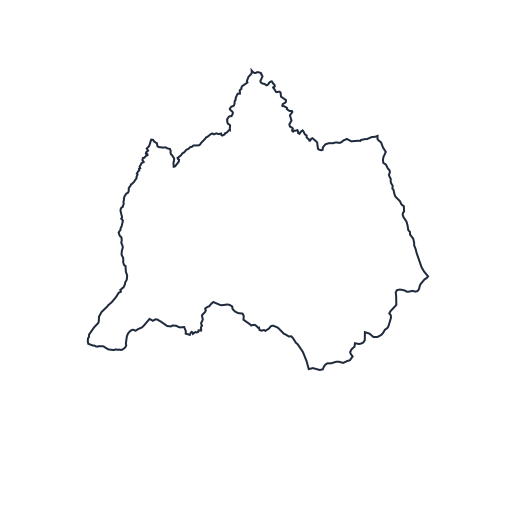 Bolahla, Leribe, Lesotho (orthographic projection), rotated 35°
{"feature_id": "5366337B26434863829569", "entity_name": "Bolahla", "entity_type": "district", "adm_level": 2, "iso_a3": "LSO", "parent_name": "Lesotho", "parent_adm1": "Leribe", "projection": "orthographic", "projection_center": [28.277, -29.044], "detail": "fine", "context": "isolated", "style": "outline", "palette": "slate", "viewbox_px": 512, "rotation_deg": 35, "n_neighbors": 0, "source": "geoboundaries", "source_scale": "gbopen_adm2", "svg_char_len": 6143}
<svg xmlns="http://www.w3.org/2000/svg" viewBox="0 0 512 512"><g transform="rotate(35 256 256)"><path d="M200.2,386.3L201.3,383.6L203.4,380.2L204.0,377.8L204.9,368.6L208.7,368.2L209.9,365.7L211.3,364.7L216.3,364.3L223.5,364.3L226.8,362.4L227.5,360.8L230.6,358.9L233.2,358.6L235.0,357.9L237.9,355.4L241.7,357.9L242.9,359.9L247.0,358.6L246.6,356.5L246.8,355.1L247.9,355.0L249.0,355.9L250.0,353.0L251.2,352.7L252.2,351.3L251.6,349.8L253.8,348.6L253.3,347.7L252.3,346.9L251.8,345.7L251.7,343.9L250.5,343.5L249.4,342.2L249.3,340.4L248.8,338.5L245.8,335.7L245.8,334.4L246.4,331.5L246.3,330.4L246.0,329.2L245.1,328.8L244.5,328.0L245.4,325.7L246.5,324.0L246.7,321.2L247.4,318.2L254.6,316.7L256.3,315.9L260.4,312.1L262.4,311.2L265.5,311.0L266.9,312.6L268.5,313.2L271.3,313.5L274.4,312.9L278.0,310.9L280.3,312.1L282.3,315.4L290.4,315.4L291.9,315.7L293.4,313.9L294.7,313.1L296.8,313.1L298.8,313.6L299.5,312.9L301.4,314.6L303.6,313.9L304.1,312.9L305.2,312.0L306.6,312.0L308.2,308.1L308.5,304.8L309.9,303.3L314.0,302.3L316.0,302.3L323.5,303.7L325.4,303.3L329.0,303.1L330.9,301.6L333.2,302.0L338.5,304.2L340.8,304.4L349.4,307.7L357.7,313.1L364.1,318.4L366.9,315.2L373.6,312.8L375.7,310.6L375.1,307.7L375.1,305.3L376.0,303.0L378.9,301.0L382.4,296.6L384.6,295.0L388.7,293.6L390.9,289.8L392.7,287.6L392.8,282.9L389.6,281.8L388.2,280.7L387.8,277.4L388.7,273.8L387.1,270.7L390.9,269.0L392.2,267.6L393.5,265.4L393.4,262.6L388.9,255.9L393.5,254.5L398.7,255.0L402.0,252.6L403.9,248.7L404.2,246.1L403.9,242.5L404.9,239.7L404.9,238.3L404.3,236.1L402.0,229.2L400.4,227.2L398.1,226.6L397.8,224.1L399.0,215.6L393.7,208.3L391.4,205.8L391.0,203.3L392.6,201.4L394.3,200.3L397.7,198.9L399.9,198.8L401.4,197.8L404.3,194.7L406.8,193.9L408.4,192.2L408.5,189.7L407.0,185.7L407.0,183.2L407.5,178.3L408.5,176.2L408.6,174.0L402.5,172.3L398.3,170.4L385.7,161.3L382.7,158.7L379.5,156.6L377.8,154.3L374.8,151.6L369.9,150.1L368.3,148.0L365.8,147.4L363.0,144.4L360.3,142.1L359.1,141.3L354.5,139.6L352.4,138.0L351.6,136.2L351.8,134.6L348.5,130.4L345.8,130.4L342.3,128.5L336.2,127.4L334.0,126.0L330.6,122.9L329.1,122.6L327.7,120.1L324.6,118.7L323.1,117.1L322.1,115.5L319.7,114.3L318.3,113.2L317.8,111.0L317.0,109.8L315.6,109.0L313.8,108.7L310.0,106.6L306.9,106.7L305.1,104.8L303.7,102.1L302.6,96.3L297.8,94.3L293.3,91.2L290.1,91.0L288.4,90.5L286.7,87.9L285.4,89.8L282.4,92.4L279.9,96.5L278.2,97.8L275.4,100.8L275.4,102.0L273.8,102.8L268.3,107.4L263.2,108.0L262.2,110.0L261.3,111.1L261.0,113.0L259.8,115.3L256.5,117.0L255.2,118.3L254.6,119.3L250.9,121.9L248.8,124.7L248.5,127.8L248.8,129.4L249.7,130.8L248.8,132.0L246.8,132.7L245.1,132.6L244.2,131.3L243.6,130.9L241.3,128.2L240.3,127.7L234.7,127.1L234.1,128.1L234.1,130.7L233.6,130.9L232.2,130.0L231.1,130.1L229.3,129.7L228.4,128.3L226.3,128.3L223.1,126.6L222.1,126.4L221.5,128.0L221.5,131.0L219.9,131.1L219.4,130.2L217.7,129.1L216.9,130.3L215.5,131.4L215.1,132.8L214.2,132.9L213.3,132.0L213.3,130.8L213.0,130.4L211.7,130.2L209.5,130.5L207.8,129.0L207.4,124.7L203.1,121.3L203.2,117.2L202.6,116.7L202.1,116.7L200.6,117.8L199.2,118.1L197.0,117.9L196.6,117.0L196.1,116.9L193.1,117.2L191.7,118.0L191.3,117.7L190.8,116.4L190.9,115.9L192.0,113.6L192.1,112.6L191.1,111.1L185.0,111.1L182.4,108.0L181.0,107.9L178.7,110.1L177.8,110.0L176.7,109.3L173.4,108.2L173.4,107.6L174.0,106.9L174.1,106.3L172.9,105.1L171.0,104.9L169.0,103.9L168.4,104.1L167.6,105.8L167.3,106.8L167.6,107.5L167.4,109.0L166.7,110.2L164.4,110.1L162.5,111.0L160.6,111.1L159.3,110.3L158.3,105.2L157.4,104.5L156.3,104.4L155.5,103.4L154.8,103.3L151.7,104.5L150.8,106.2L149.9,106.9L147.9,107.1L146.1,106.6L147.2,108.0L147.7,109.2L147.1,113.6L148.2,118.0L149.5,118.8L147.2,124.9L147.4,126.3L148.2,127.5L147.6,129.5L149.7,132.2L147.9,133.6L148.5,137.3L149.2,139.1L149.8,139.8L149.6,140.4L149.9,141.8L151.1,143.6L151.6,145.4L151.4,146.1L150.1,147.9L150.0,150.3L150.5,150.9L154.2,151.4L154.7,151.7L155.3,152.6L155.7,155.5L154.3,156.6L154.0,157.3L153.8,158.6L154.1,161.0L154.8,161.5L155.5,162.6L157.2,163.8L158.9,163.6L160.0,164.0L161.1,166.1L162.5,167.9L161.8,168.0L161.2,171.8L160.2,173.3L160.6,174.3L159.3,176.7L158.1,176.7L157.2,175.7L155.4,177.6L153.2,178.3L151.7,180.5L149.9,180.7L149.0,182.3L147.8,186.5L147.1,187.4L147.1,189.1L146.2,194.6L146.2,197.0L145.6,198.3L141.4,201.3L140.8,203.5L139.8,204.2L139.2,207.0L138.0,209.0L137.7,212.3L136.8,214.2L136.8,216.6L135.5,220.7L136.8,221.4L137.7,221.2L138.6,222.8L138.3,229.0L137.4,230.1L134.9,227.0L134.3,225.3L133.1,223.1L129.4,221.6L127.9,221.4L126.4,220.0L125.8,218.8L124.3,217.7L121.2,218.8L119.7,218.8L117.2,220.9L116.1,221.2L115.1,222.0L113.3,222.7L112.1,222.5L110.2,220.5L106.9,220.7L105.0,219.9L103.4,220.8L105.4,227.1L104.9,230.7L107.2,231.6L106.5,234.1L107.1,235.4L107.6,235.5L108.0,234.9L108.6,234.9L109.3,235.6L108.5,237.1L108.1,239.7L107.2,240.5L107.9,242.6L110.1,243.4L108.9,245.8L109.3,246.9L109.3,249.2L109.5,249.6L110.8,250.5L110.1,251.6L111.3,252.8L110.9,254.0L111.1,256.9L112.0,257.0L112.3,257.4L112.8,259.9L113.6,260.9L113.4,263.3L113.6,264.8L113.1,267.9L112.6,269.0L112.9,270.7L112.8,273.4L113.9,274.8L114.7,276.5L114.8,277.7L114.0,279.2L114.0,282.1L114.8,284.7L115.7,285.8L116.3,287.6L117.8,289.2L118.2,291.3L118.7,292.0L118.1,293.4L118.1,294.6L118.5,295.8L119.4,297.0L124.0,301.0L124.3,301.5L124.2,302.7L126.7,303.3L129.0,309.0L129.0,310.2L129.4,311.4L130.0,312.2L130.0,315.5L132.5,317.4L133.5,317.8L134.7,317.8L135.7,318.5L137.4,320.8L137.9,322.3L140.9,324.3L142.0,325.4L143.3,329.1L145.2,332.1L148.2,333.7L149.7,335.5L150.6,337.1L152.4,338.6L153.7,339.2L154.8,339.0L158.5,343.6L161.6,345.8L163.7,349.5L164.0,352.6L164.9,354.5L165.5,357.8L164.9,358.9L164.9,359.9L164.3,361.5L165.8,362.7L164.6,365.0L164.9,369.7L164.3,376.7L163.1,381.4L163.1,382.8L161.6,390.5L162.2,395.8L164.6,399.5L165.2,401.3L164.3,407.4L164.3,416.0L165.6,418.2L165.6,419.8L167.1,422.3L168.9,424.1L173.8,422.9L175.1,422.0L176.4,422.0L178.3,421.1L179.1,419.9L182.8,417.5L186.9,417.4L189.1,417.0L193.5,414.6L194.8,412.8L196.4,412.3L197.5,411.2L199.1,410.6L200.1,409.5L200.9,407.6L201.3,405.9L201.0,403.7L199.5,402.2L196.4,396.1L195.6,393.0L195.9,390.2L196.5,388.1L197.6,386.9L200.2,386.3Z" fill="none" stroke="#1e293b" stroke-width="2"/></g></svg>